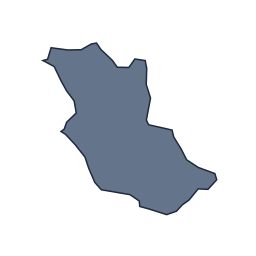 the district of Klippan, Skåne, Sweden, rotated 13°
{"feature_id": "70781695B13105561347564", "entity_name": "Klippan", "entity_type": "district", "adm_level": 2, "iso_a3": "SWE", "parent_name": "Sweden", "parent_adm1": "Skåne", "projection": "orthographic", "projection_center": [13.278, 56.144], "detail": "fine", "context": "isolated", "style": "filled", "palette": "slate", "viewbox_px": 256, "rotation_deg": 13, "n_neighbors": 0, "source": "geoboundaries", "source_scale": "gbopen_adm2", "svg_char_len": 776}
<svg xmlns="http://www.w3.org/2000/svg" viewBox="0 0 256 256"><g transform="rotate(13 128 128)"><path d="M29.9,81.4L42.2,84.7L52.6,97.6L59.8,105.6L69.4,113.7L74.2,124.9L66.9,136.2L66.1,143.4L63.5,146.5L68.5,148.2L80.5,156.3L92.6,166.0L99.0,176.4L107.9,188.5L115.9,194.2L144.9,192.5L155.4,196.6L157.1,201.8L166.7,202.2L176.6,203.0L185.2,203.7L194.0,198.1L198.1,190.8L203.7,184.4L210.1,171.5L219.7,169.8L226.1,158.5L224.8,156.2L222.9,152.9L205.2,150.6L192.3,145.8L184.7,136.7L184.2,136.2L174.6,126.5L171.4,120.1L147.3,120.2L144.1,116.1L143.2,93.7L136.0,81.6L132.8,65.6L130.1,59.6L129.6,58.4L119.2,59.2L115.2,68.8L103.9,71.2L97.5,65.6L83.9,57.6L78.2,52.3L73.5,54.3L64.7,62.3L51.8,65.5L35.0,67.1L34.2,79.1L29.9,81.4Z" fill="#64748b" stroke="#1e293b" stroke-width="1.5"/></g></svg>